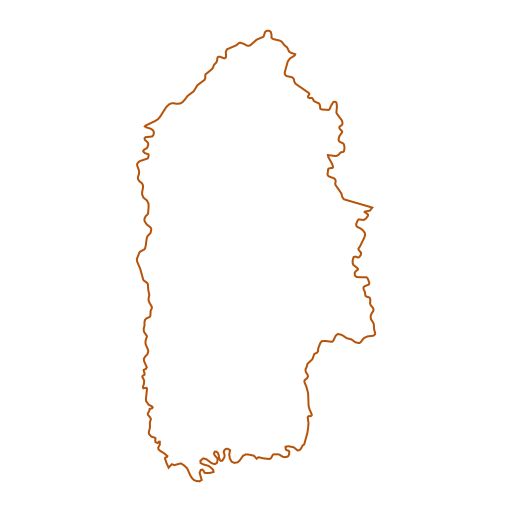 an SVG outline of Khmel'nyts'kyy
{"feature_id": "UKR-290", "entity_name": "Khmel'nyts'kyy", "entity_type": "Region", "adm_level": 1, "iso_a3": "UKR", "parent_name": "Ukraine", "parent_adm1": "", "projection": "mercator", "projection_center": [26.972, 49.519], "detail": "fine", "context": "isolated", "style": "outline", "palette": "amber", "viewbox_px": 512, "rotation_deg": 0, "n_neighbors": 0, "source": "natural_earth", "source_scale": "10m", "svg_char_len": 6057}
<svg xmlns="http://www.w3.org/2000/svg" viewBox="0 0 512 512"><path d="M279.8,40.6L281.7,41.7L284.3,45.1L287.1,47.4L289.1,51.6L291.2,52.9L295.2,54.2L294.7,55.5L289.9,58.5L287.8,61.4L284.8,72.1L284.7,73.8L285.6,75.4L286.8,76.1L291.7,77.2L293.0,77.9L293.9,79.4L294.4,81.9L295.6,83.8L308.7,92.9L309.4,94.0L308.1,96.1L308.0,96.8L308.2,97.4L309.6,98.1L311.8,97.9L312.6,98.5L314.0,101.2L319.2,103.6L319.9,105.2L320.3,108.8L321.9,109.5L328.7,109.9L329.7,109.0L330.9,106.0L333.2,102.2L333.8,101.8L335.4,101.8L336.2,102.4L336.6,103.3L336.9,106.5L336.4,112.5L336.7,113.4L341.9,120.5L342.4,122.3L342.4,124.0L342.0,124.9L339.7,126.5L339.3,127.2L339.7,128.8L341.9,131.0L342.2,131.7L341.9,132.6L339.3,136.3L338.5,139.7L339.1,141.2L340.2,142.1L342.8,143.2L343.9,144.3L344.5,147.2L344.3,149.6L343.9,151.3L343.4,151.8L340.5,152.5L338.7,154.7L336.9,155.8L335.3,156.0L327.9,155.1L328.3,157.0L332.2,164.1L333.0,166.9L332.9,167.5L332.4,167.9L329.3,168.3L328.2,169.1L327.5,174.6L328.0,175.6L328.9,176.4L334.0,178.3L335.2,179.4L335.7,181.2L335.2,183.6L335.5,185.0L341.4,193.5L342.3,197.1L343.9,199.3L372.3,207.6L369.8,210.7L364.8,211.6L364.6,212.0L367.7,214.2L368.0,214.8L368.0,215.7L366.0,218.5L363.7,220.0L358.7,219.4L357.8,220.3L356.5,223.1L356.1,224.7L356.8,226.6L360.9,228.7L363.1,230.5L364.7,232.7L365.1,234.9L364.3,237.6L360.1,246.2L358.5,248.5L358.4,249.2L358.8,250.1L361.1,252.8L360.8,254.9L359.5,256.8L358.6,257.4L357.7,257.5L355.8,256.6L353.7,257.0L352.8,259.5L352.6,262.6L353.3,264.9L357.2,267.9L358.0,269.0L357.9,269.6L355.5,271.5L354.7,272.8L354.8,275.1L355.2,275.9L356.4,276.9L358.1,277.2L366.5,277.3L367.5,278.2L368.4,280.2L369.3,283.0L369.0,284.4L364.2,286.5L363.6,287.2L363.4,288.0L363.7,289.4L365.0,292.2L365.2,294.6L365.6,296.0L366.7,296.7L369.0,297.3L370.0,298.2L370.3,299.7L370.1,303.6L370.6,305.0L372.7,307.6L373.6,309.5L373.1,311.4L371.9,312.9L370.8,315.2L370.6,316.9L371.1,319.5L373.0,322.3L373.8,324.2L374.1,329.2L375.2,333.4L375.0,334.2L374.4,335.0L373.0,335.8L367.6,336.4L364.4,337.8L363.3,338.8L360.6,342.3L359.2,343.1L355.4,342.3L351.4,339.4L346.7,338.2L343.1,335.7L341.1,334.7L337.8,334.0L335.8,335.6L333.1,341.0L332.0,341.8L325.3,341.0L322.0,341.1L320.4,342.8L318.3,348.1L317.9,351.6L317.1,352.6L314.3,354.0L312.4,359.2L307.5,363.8L306.5,367.4L305.6,369.1L305.5,370.2L305.9,372.1L307.7,375.0L308.0,376.4L307.0,378.3L304.6,380.2L304.4,382.0L306.4,386.8L308.1,393.2L308.6,405.9L309.3,408.8L311.8,414.6L311.7,415.3L310.9,416.1L308.6,416.1L307.7,417.2L308.5,423.3L308.1,428.1L307.3,433.2L304.2,444.4L302.6,445.5L300.7,449.0L299.3,450.2L297.5,450.4L293.8,447.3L288.3,446.2L285.5,446.8L285.8,449.5L287.1,450.4L288.4,450.6L289.3,451.5L289.1,454.3L288.4,455.9L287.3,456.7L284.4,457.2L282.8,456.8L279.7,454.8L278.3,454.3L273.6,454.3L272.8,454.9L271.2,457.8L270.3,458.7L269.0,459.0L263.0,458.3L258.6,457.2L256.6,458.7L253.9,455.7L248.9,454.6L245.9,454.4L243.1,455.7L239.6,460.6L237.7,462.3L234.2,462.9L231.7,461.7L229.9,458.6L229.2,454.5L230.1,450.2L228.6,449.2L227.2,448.7L225.7,449.0L224.4,450.2L223.7,451.9L224.6,455.1L224.4,457.2L222.3,460.7L220.5,460.8L219.2,458.5L218.7,455.0L217.9,452.9L216.3,451.6L214.7,451.7L214.0,453.6L214.6,455.2L217.1,458.1L217.7,459.3L217.0,462.8L215.3,464.0L213.2,463.8L211.2,462.9L206.2,459.1L203.2,458.4L200.4,460.8L200.6,463.0L203.2,464.4L208.4,465.8L210.8,467.5L213.1,469.8L213.6,471.9L210.7,472.8L206.1,473.1L204.6,472.8L203.4,470.6L202.4,469.6L200.8,469.9L199.6,472.9L201.7,479.9L199.5,481.3L196.4,481.0L194.1,480.1L192.2,478.4L190.4,475.6L187.1,468.2L183.5,465.0L180.9,463.4L174.3,465.1L171.8,464.2L168.6,467.7L166.5,463.0L165.0,458.5L165.2,457.7L167.0,456.9L167.4,456.1L163.9,453.1L160.5,451.1L158.5,449.4L158.2,447.7L159.8,444.6L159.8,441.7L159.0,441.6L158.2,442.7L157.5,443.0L155.5,442.1L155.2,440.3L155.5,438.4L155.1,437.8L151.3,436.6L149.0,434.0L148.8,432.1L150.0,427.3L149.9,422.4L150.9,419.0L150.0,417.2L148.2,415.2L147.8,414.3L147.8,413.4L149.2,411.0L149.6,409.0L151.7,408.4L152.3,408.1L152.7,407.4L152.0,406.4L148.7,404.8L146.2,401.3L145.9,399.3L147.0,388.9L146.8,388.2L146.2,387.8L143.3,388.3L142.9,387.0L143.9,384.0L144.2,381.0L143.5,379.0L142.4,377.2L142.4,376.4L142.7,375.8L144.5,374.7L144.6,373.6L143.7,370.7L143.8,369.8L145.9,368.9L146.8,367.3L144.1,361.2L143.8,358.8L145.3,356.4L147.3,354.4L148.2,351.9L148.2,350.8L147.8,349.3L145.8,344.7L145.4,342.5L145.8,339.9L146.9,336.5L146.7,335.7L144.4,332.5L143.8,330.9L143.7,328.8L144.5,325.5L144.5,321.8L145.0,319.9L146.4,318.4L149.6,317.0L150.1,316.3L150.4,315.3L150.6,310.9L151.4,309.2L151.9,307.7L151.8,306.7L149.6,303.0L148.6,300.5L148.6,298.4L149.3,294.8L148.2,289.6L147.9,284.2L147.1,282.9L143.7,280.4L143.2,279.6L140.3,269.1L137.1,261.4L136.8,259.1L139.5,252.3L140.5,251.4L144.2,249.5L145.1,248.4L145.8,245.1L146.8,237.9L147.7,235.9L150.3,233.3L150.7,232.3L151.3,229.3L151.1,228.3L150.2,227.2L146.5,224.2L144.6,221.1L144.4,220.0L144.6,218.2L145.7,216.2L147.7,214.3L148.1,213.0L148.6,206.9L148.5,203.5L146.9,200.4L143.6,197.8L142.1,194.5L142.1,192.3L143.0,187.5L142.9,185.1L141.9,183.2L139.5,181.4L138.0,179.2L137.9,177.2L138.8,174.6L139.2,172.2L138.5,169.1L137.2,165.7L137.1,164.1L138.2,162.4L139.8,161.1L147.6,158.5L148.1,157.8L148.7,155.0L148.3,154.2L145.0,153.2L143.4,151.7L143.2,150.9L144.0,149.8L147.0,148.0L147.7,146.5L148.3,144.0L147.7,142.4L145.0,139.9L144.6,139.0L144.6,138.2L145.5,137.2L152.1,136.5L153.4,135.1L153.9,132.4L153.4,130.9L151.9,129.4L150.6,128.7L145.9,127.2L144.8,126.4L145.5,125.6L155.2,121.0L158.1,119.1L160.4,116.3L166.0,107.4L169.0,104.4L171.2,103.4L173.0,103.2L176.9,103.8L180.1,103.5L182.2,102.4L184.6,99.9L187.5,96.0L193.7,91.3L197.4,85.2L204.6,79.8L205.3,77.8L205.2,75.8L205.5,74.4L211.5,69.5L212.8,68.0L214.0,64.9L216.2,62.6L216.8,61.5L217.1,60.5L217.4,57.8L217.8,57.1L218.6,56.7L220.2,56.8L224.2,58.4L225.6,57.8L226.1,56.0L225.8,51.8L227.0,49.3L236.5,45.2L239.1,42.9L240.0,42.7L243.8,43.8L246.5,45.4L248.2,45.8L250.2,45.4L256.6,39.7L263.3,36.8L263.7,36.3L265.0,32.2L266.0,31.1L266.8,30.8L269.0,30.7L270.7,31.8L271.5,34.7L271.5,37.7L272.3,38.5L273.2,39.1L279.8,40.6Z" fill="none" stroke="#b45309" stroke-width="2"/></svg>